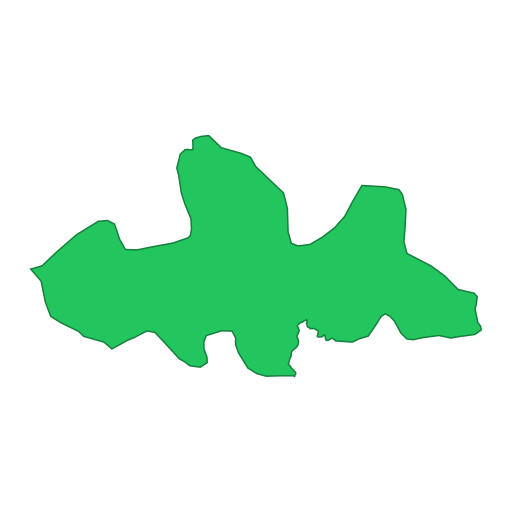 Diema, Kayes, Mali (orthographic projection)
{"feature_id": "8926073B21360544825560", "entity_name": "Diema", "entity_type": "district", "adm_level": 2, "iso_a3": "MLI", "parent_name": "Mali", "parent_adm1": "Kayes", "projection": "orthographic", "projection_center": [-9.076, 14.667], "detail": "fine", "context": "isolated", "style": "filled", "palette": "green", "viewbox_px": 512, "rotation_deg": 0, "n_neighbors": 0, "source": "geoboundaries", "source_scale": "gbopen_adm2", "svg_char_len": 2161}
<svg xmlns="http://www.w3.org/2000/svg" viewBox="0 0 512 512"><path d="M111.9,348.9L127.6,340.3L134.6,337.4L140.7,334.1L147.1,330.9L155.0,332.5L166.1,344.3L179.4,358.9L185.0,362.0L189.9,365.8L200.3,367.2L207.2,362.6L207.0,357.2L203.9,348.9L203.9,341.9L206.3,335.5L211.4,334.0L221.4,330.8L232.1,331.1L235.6,337.8L235.6,344.8L238.7,353.2L247.9,368.1L257.0,373.7L266.2,376.2L280.2,375.8L293.3,375.8L294.6,376.4L294.7,375.6L295.7,373.9L295.6,372.4L291.0,367.5L290.6,366.6L288.4,364.2L289.6,359.4L291.1,356.3L291.2,353.0L292.0,350.9L296.1,347.7L298.0,345.0L298.6,341.5L297.8,338.5L296.7,336.3L298.1,333.7L299.2,330.7L298.7,328.8L297.4,326.1L297.9,324.7L299.2,323.7L300.7,322.6L302.5,322.2L303.9,321.0L306.7,319.8L307.1,321.2L306.5,323.1L307.5,326.9L309.1,327.4L310.0,328.6L312.9,328.7L313.8,328.4L315.9,329.5L316.7,330.0L318.0,330.4L318.2,332.5L317.2,336.1L318.0,337.0L320.6,337.0L322.9,336.4L322.9,336.1L323.2,335.0L323.8,334.9L325.1,335.6L325.5,339.1L326.3,340.3L326.9,340.5L328.7,339.9L329.3,339.8L330.1,339.2L331.0,338.6L332.4,338.4L334.7,339.9L335.5,340.9L352.4,342.1L359.4,338.7L368.1,336.2L375.3,325.8L381.1,316.5L385.3,313.8L389.9,316.3L394.5,321.2L401.1,333.4L407.0,339.0L413.3,339.7L423.2,337.6L438.9,335.5L450.7,338.0L460.5,336.4L474.7,334.5L481.3,330.0L480.4,325.9L477.8,322.5L475.1,308.8L476.4,303.6L477.2,296.6L474.1,293.2L458.2,289.5L444.4,275.7L431.0,265.9L407.0,253.5L403.9,241.6L405.0,228.7L406.0,209.3L402.3,194.4L399.0,189.7L385.0,186.8L361.9,185.5L352.8,201.1L344.7,216.4L334.7,227.7L322.3,237.2L310.1,244.4L298.3,246.0L291.3,243.3L288.1,232.0L287.4,208.4L283.5,193.0L271.4,181.5L255.6,166.4L250.4,157.1L241.0,153.3L221.2,147.7L208.8,135.6L201.2,136.4L195.2,138.1L192.7,140.2L193.0,146.3L192.7,149.8L189.4,149.9L188.0,149.3L185.0,149.8L180.2,154.3L176.8,168.1L178.7,175.3L181.3,192.7L184.9,204.0L191.0,218.9L191.4,227.5L191.5,228.9L190.4,235.4L188.1,237.8L173.1,243.0L151.3,247.0L137.1,249.9L125.4,249.5L119.6,239.2L114.5,224.1L107.7,220.5L98.3,221.3L76.7,234.6L56.3,252.3L42.1,265.8L30.7,269.1L41.1,281.1L45.3,301.9L50.8,316.5L61.7,323.2L78.7,331.4L83.7,336.4L104.0,342.1L111.9,348.9Z" fill="#22c55e" stroke="#15803d" stroke-width="1.5"/></svg>